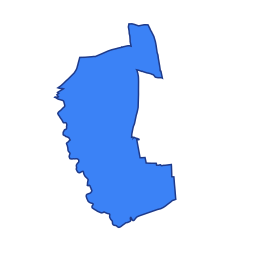 the district of Cuautlancingo, Puebla, Mexico, rotated 146°
{"feature_id": "50627088B22654008154973", "entity_name": "Cuautlancingo", "entity_type": "district", "adm_level": 2, "iso_a3": "MEX", "parent_name": "Mexico", "parent_adm1": "Puebla", "projection": "albers", "projection_center": [-98.25, 19.119], "detail": "fine", "context": "isolated", "style": "filled", "palette": "blue", "viewbox_px": 256, "rotation_deg": 146, "n_neighbors": 0, "source": "geoboundaries", "source_scale": "gbopen_adm2", "svg_char_len": 5848}
<svg xmlns="http://www.w3.org/2000/svg" viewBox="0 0 256 256"><g transform="rotate(146 128 128)"><path d="M167.5,48.8L160.3,46.9L149.0,43.9L146.0,42.8L143.1,42.4L140.5,42.4L138.0,42.6L134.1,42.8L132.5,43.0L131.6,43.0L130.5,42.7L129.4,42.4L128.2,42.2L127.8,43.1L126.2,45.9L125.5,47.2L123.9,50.0L121.1,55.1L117.3,61.8L118.9,63.1L118.5,63.8L115.6,68.4L113.3,72.1L112.5,73.5L118.4,76.5L119.2,77.1L119.6,77.3L120.1,77.4L120.8,77.8L121.5,78.2L121.6,79.1L121.7,79.4L122.4,79.7L123.3,79.9L125.1,81.2L124.3,82.9L130.5,87.2L132.5,88.8L130.4,94.0L133.1,95.6L134.6,96.6L127.3,113.4L127.1,113.2L126.9,113.0L126.5,112.8L125.6,112.3L125.2,112.2L124.9,111.9L125.8,113.6L126.1,114.0L127.1,115.1L127.5,115.7L127.8,116.1L128.1,116.8L128.3,116.9L128.6,117.0L129.0,116.9L128.9,117.0L128.9,117.3L129.0,117.6L129.1,117.8L130.2,118.3L128.2,120.9L124.6,124.5L122.8,126.2L120.3,127.9L118.7,129.4L117.4,130.7L114.0,134.0L111.8,135.8L109.5,138.0L108.3,139.2L107.6,140.1L100.5,150.0L98.3,153.3L93.3,160.6L91.3,163.7L90.5,165.1L89.2,168.1L88.9,169.3L88.4,170.3L88.2,170.9L88.2,171.3L87.2,170.3L84.8,167.1L84.3,166.9L83.7,165.9L82.1,163.9L81.4,163.0L80.3,162.0L79.0,160.5L78.4,159.7L78.0,158.9L77.5,158.4L77.2,157.9L77.0,156.5L77.0,155.2L76.7,154.6L75.1,153.0L74.1,152.3L73.0,151.6L71.8,150.6L71.6,150.2L68.9,156.8L69.3,157.3L69.2,157.5L69.1,157.9L68.9,158.3L68.7,158.4L66.9,162.1L66.3,163.5L65.0,166.3L63.9,168.8L62.4,171.7L61.7,174.2L58.6,180.6L57.6,182.9L56.9,184.6L55.6,188.8L55.4,189.3L55.4,189.5L55.2,190.7L55.0,192.5L54.9,193.1L54.9,193.8L54.7,194.4L54.7,195.5L54.6,196.6L54.3,198.0L53.7,202.3L55.6,203.7L56.3,204.2L57.4,204.8L61.3,206.4L62.0,206.7L62.3,207.0L64.6,210.1L65.1,210.7L66.4,212.1L69.0,213.8L70.2,212.6L71.2,211.6L71.7,210.4L72.8,207.9L74.2,205.5L75.0,203.3L77.5,199.0L77.9,198.5L79.7,194.1L80.8,195.4L81.9,196.1L82.7,196.5L87.4,198.3L87.6,198.4L87.7,198.5L87.8,198.3L91.6,199.8L92.9,200.2L97.8,202.0L101.6,203.0L108.3,204.2L115.4,205.6L116.1,206.3L118.3,207.4L124.3,210.8L128.5,213.5L133.1,209.5L134.3,208.4L135.2,207.7L136.4,206.6L137.9,205.5L140.0,204.5L141.9,203.7L150.0,202.1L152.4,201.8L153.1,201.7L156.9,201.0L159.7,200.6L161.0,200.5L163.6,200.5L162.9,199.6L162.1,198.7L160.4,197.5L159.9,197.0L159.6,196.6L162.0,196.7L166.5,196.9L166.3,196.1L166.1,195.5L168.4,195.3L168.2,192.8L169.0,192.8L169.7,193.1L169.8,193.4L171.1,194.5L171.5,194.4L171.2,194.1L171.0,193.8L170.2,191.8L169.7,190.9L169.4,190.5L168.9,190.0L168.5,189.5L168.0,188.9L167.0,187.7L166.5,186.9L166.4,186.1L166.9,184.6L167.8,182.1L168.3,181.5L168.6,181.2L169.2,181.1L170.0,181.1L172.8,180.5L173.8,180.3L175.7,180.2L176.8,180.0L177.3,179.7L177.8,179.6L178.0,179.4L178.2,179.0L178.2,178.5L178.4,178.0L178.3,177.3L178.3,176.7L178.3,175.9L178.4,174.8L178.4,173.8L178.4,173.1L178.3,172.3L178.4,170.9L178.5,169.9L178.6,168.9L178.5,168.4L178.0,168.0L177.0,167.5L176.6,167.1L176.4,166.5L176.6,165.8L176.7,165.3L177.1,164.6L177.6,164.1L178.2,163.5L178.6,162.7L179.0,162.2L179.4,161.8L179.7,161.7L180.0,161.7L181.0,161.8L181.3,162.0L181.8,161.9L182.2,161.8L182.7,161.4L183.4,161.1L183.9,160.8L184.1,160.7L184.5,160.2L184.8,159.8L185.1,159.2L185.3,159.0L185.5,158.7L185.4,158.5L185.3,158.1L185.1,157.5L184.9,157.3L184.7,157.2L184.5,156.6L184.4,155.9L184.3,155.7L184.2,155.6L184.0,155.3L183.7,155.1L183.3,154.4L183.0,154.0L182.9,153.7L182.6,153.3L182.5,152.7L182.5,152.4L182.6,151.4L182.6,151.1L182.6,150.8L182.7,150.5L182.7,150.4L183.3,150.3L184.4,150.2L185.5,149.9L186.1,149.8L186.8,149.9L187.4,149.7L187.7,149.5L187.9,148.8L188.1,147.8L188.2,147.2L188.6,146.3L188.8,145.7L189.1,145.0L189.5,144.3L190.2,143.0L190.3,142.7L190.4,142.1L190.4,141.4L190.2,140.8L190.2,140.1L190.3,139.4L190.4,139.2L191.5,138.4L192.1,137.9L192.2,137.7L192.7,137.3L192.9,137.0L193.0,136.6L193.0,136.2L193.1,135.9L193.2,135.7L193.3,135.2L193.0,134.7L192.0,133.8L191.5,133.5L190.8,133.2L190.1,132.8L189.7,132.4L189.3,132.1L188.2,131.6L187.5,131.0L187.3,130.8L187.1,130.6L187.0,130.2L186.9,129.8L186.8,129.6L186.7,129.2L186.8,128.9L187.1,128.5L187.4,127.9L188.0,127.4L188.3,127.2L188.7,127.1L189.3,127.1L190.6,126.6L191.2,126.3L191.8,125.8L192.1,125.3L192.2,125.0L192.4,124.7L192.6,124.4L192.7,124.0L193.0,123.5L193.6,123.2L193.9,122.9L194.0,122.4L194.1,121.9L194.3,120.2L194.3,119.6L194.1,119.2L193.9,118.7L193.5,118.2L193.4,118.1L192.7,117.9L192.1,117.7L191.0,117.8L190.0,117.5L189.5,117.2L189.6,116.3L189.9,115.6L190.3,114.6L190.5,113.3L190.6,112.1L190.5,111.1L190.3,110.6L190.2,110.2L190.0,109.0L190.0,108.7L189.9,108.3L189.9,107.5L190.1,107.2L190.7,106.7L191.7,105.7L192.1,105.3L192.7,104.5L193.2,103.8L193.5,103.6L193.7,103.4L193.8,103.3L193.6,102.8L193.3,102.4L193.0,102.3L192.3,102.3L192.1,102.1L192.0,101.7L191.9,101.1L192.0,100.9L192.1,100.5L192.3,99.6L192.4,98.6L192.6,98.2L192.6,97.8L192.8,97.6L192.8,97.1L192.8,96.8L192.8,96.6L192.9,96.4L193.2,96.2L193.5,95.9L193.9,95.6L195.4,95.2L195.9,95.2L196.8,95.4L198.3,95.8L198.9,95.9L199.4,95.9L199.8,95.8L200.2,95.5L200.4,95.2L200.7,95.0L200.9,94.6L201.5,92.7L202.0,89.6L201.7,88.3L201.3,87.5L200.7,86.5L199.8,85.6L199.4,84.8L199.5,84.3L200.0,83.9L201.2,83.5L201.6,83.2L202.1,82.6L202.3,81.8L202.2,81.4L202.0,81.0L201.4,79.4L200.9,78.4L200.4,77.4L199.9,76.1L197.7,72.7L197.0,72.2L195.6,71.8L194.9,71.8L194.6,71.5L194.1,70.5L193.7,69.9L193.0,68.8L191.5,67.2L191.4,66.7L191.5,66.5L192.0,65.8L192.8,64.8L193.1,64.2L193.4,62.0L193.2,60.6L193.1,59.9L193.2,59.4L193.5,58.7L194.1,57.8L194.3,57.2L194.4,56.4L194.2,55.6L193.7,54.9L192.9,54.2L192.2,53.4L192.0,52.1L191.4,51.0L190.8,50.6L190.1,50.4L189.2,50.3L187.7,50.4L185.8,50.5L184.1,50.5L183.1,50.7L182.3,50.4L181.8,50.1L180.1,49.7L178.8,49.5L178.1,49.5L177.5,49.8L177.1,50.2L177.0,51.1L176.8,51.5L176.4,52.0L176.0,52.3L175.9,52.4L175.6,52.2L175.7,51.7L175.7,50.9L175.9,49.4L175.7,48.6L175.2,48.2L174.7,48.1L173.9,48.3L172.4,48.8L170.9,49.2L169.6,49.2L167.5,48.8Z" fill="#3b82f6" stroke="#1e3a8a" stroke-width="1.5"/></g></svg>